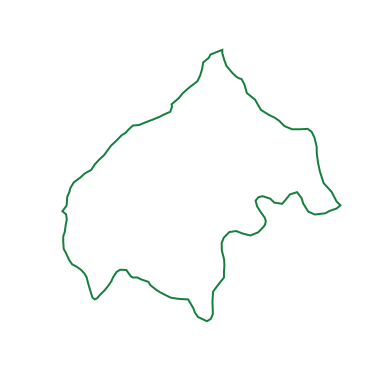 Tartar District, Tərtər, Azerbaijan (Equal Earth projection), rotated 344°
{"feature_id": "54616110B79809370995070", "entity_name": "Tartar District", "entity_type": "district", "adm_level": 2, "iso_a3": "AZE", "parent_name": "Azerbaijan", "parent_adm1": "Tərtər", "projection": "equal_earth", "projection_center": [46.824, 40.278], "detail": "fine", "context": "isolated", "style": "outline", "palette": "green", "viewbox_px": 384, "rotation_deg": 344, "n_neighbors": 0, "source": "geoboundaries", "source_scale": "gbopen_adm2", "svg_char_len": 1997}
<svg xmlns="http://www.w3.org/2000/svg" viewBox="0 0 384 384"><g transform="rotate(344 192 192)"><path d="M260.3,63.7L254.0,64.3L247.5,65.0L245.1,67.7L238.5,70.5L235.6,76.6L231.9,82.3L227.8,87.0L220.4,89.9L215.7,91.9L210.0,94.7L205.2,98.1L196.5,102.1L196.3,104.6L193.1,108.9L186.3,109.8L181.4,110.8L175.1,111.5L165.9,112.3L159.6,113.0L153.4,111.8L148.0,114.6L144.3,116.9L140.1,118.0L132.9,122.1L127.0,125.1L122.8,128.3L117.7,132.3L111.5,135.4L106.1,138.7L101.2,143.0L93.8,144.7L88.7,147.3L81.1,150.1L76.4,154.4L73.9,158.5L70.7,162.3L67.8,170.4L62.1,174.8L64.8,178.7L64.1,183.8L61.8,188.3L58.6,195.4L56.1,199.0L54.6,203.9L53.0,211.3L54.0,215.7L55.1,223.1L56.8,228.4L60.6,232.1L63.7,236.0L66.1,240.6L67.2,244.9L67.0,251.7L67.0,257.0L67.2,266.0L68.9,268.4L71.4,268.0L76.0,265.0L80.4,262.7L84.7,259.8L89.6,255.8L92.7,252.2L97.4,248.1L101.5,246.9L107.4,248.9L109.9,256.2L111.4,257.8L115.9,259.1L119.0,262.0L125.3,266.3L126.3,270.0L130.2,275.6L133.1,279.0L137.8,283.5L142.4,287.7L148.0,290.3L150.9,291.5L158.7,294.2L159.6,297.7L161.2,303.9L161.6,308.7L163.3,313.8L168.3,318.2L170.8,320.3L172.5,319.9L175.0,319.2L178.4,315.1L179.9,309.3L181.5,302.9L184.8,293.6L189.4,290.0L195.9,285.3L199.1,283.1L200.6,278.0L202.9,271.5L204.3,265.5L204.5,256.8L206.4,249.3L209.9,244.7L216.8,240.8L223.7,241.7L229.0,245.7L236.1,249.9L244.5,249.0L250.8,245.4L253.2,243.6L254.9,240.4L254.9,237.0L252.1,229.0L250.6,223.6L250.8,217.8L254.5,215.3L258.8,215.5L265.4,220.0L268.2,224.9L275.5,228.2L280.7,224.7L285.5,221.3L292.9,221.1L295.7,228.4L295.7,233.6L298.3,242.8L303.9,247.5L314.3,249.2L319.0,248.1L326.6,247.7L331.0,245.7L328.3,240.8L326.3,230.5L321.0,219.8L320.6,207.5L321.2,198.6L322.6,189.2L324.3,182.9L324.7,173.5L323.6,167.1L320.6,163.2L313.7,161.6L305.5,159.3L299.0,154.1L295.4,147.5L291.9,143.3L287.1,139.0L280.9,132.1L279.1,125.0L278.1,120.7L272.0,112.0L272.0,102.8L270.7,96.9L269.2,96.2L266.6,93.7L263.9,89.2L259.9,80.5L259.4,74.5L259.4,66.8L260.3,63.7Z" fill="none" stroke="#15803d" stroke-width="2"/></g></svg>